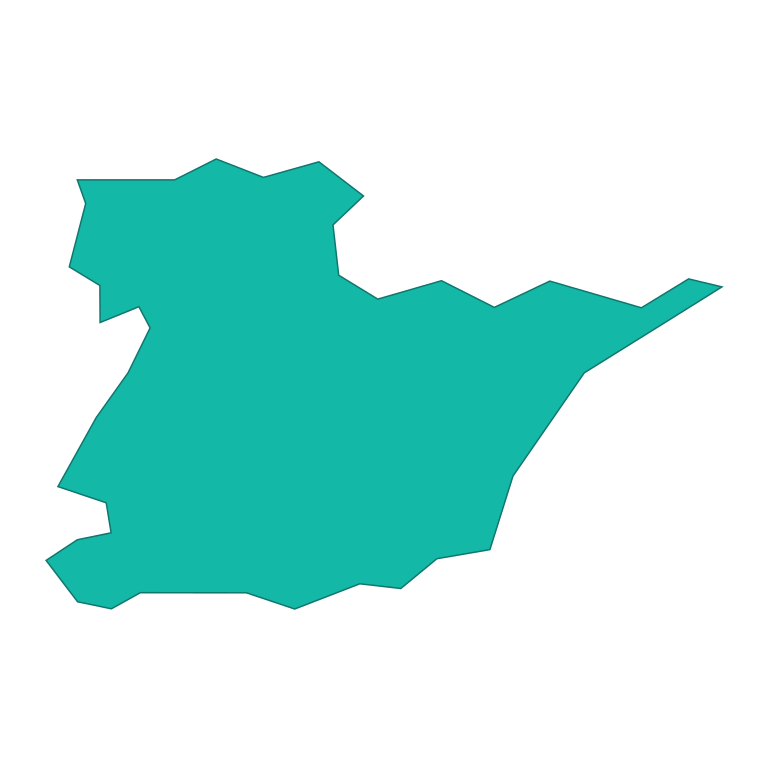 Vabkent, Bukhoro, Uzbekistan
{"feature_id": "79887680B72546583413926", "entity_name": "Vabkent", "entity_type": "district", "adm_level": 2, "iso_a3": "UZB", "parent_name": "Uzbekistan", "parent_adm1": "Bukhoro", "projection": "robinson", "projection_center": [64.502, 39.936], "detail": "fine", "context": "isolated", "style": "filled", "palette": "teal", "viewbox_px": 768, "rotation_deg": 0, "n_neighbors": 0, "source": "geoboundaries", "source_scale": "gbopen_adm2", "svg_char_len": 615}
<svg xmlns="http://www.w3.org/2000/svg" viewBox="0 0 768 768"><path d="M489.9,549.6L513.0,476.0L584.3,372.8L665.0,322.5L721.9,286.9L688.6,278.9L641.4,307.8L549.8,281.1L494.3,307.4L441.5,280.7L377.7,299.1L338.7,275.2L333.0,224.9L363.5,196.0L318.9,161.8L263.4,177.4L216.2,159.0L174.6,179.9L77.3,179.9L85.7,203.5L69.3,266.9L99.9,285.5L100.1,322.5L138.9,306.7L150.1,327.9L128.0,372.9L96.2,417.6L57.9,486.6L106.2,502.8L111.1,532.8L77.4,539.7L46.1,560.4L77.6,601.8L111.4,608.8L140.3,592.7L246.4,592.8L294.7,609.0L359.8,583.8L400.8,588.5L436.9,558.7L489.9,549.6Z" fill="#14b8a6" stroke="#0f766e" stroke-width="1.5"/></svg>